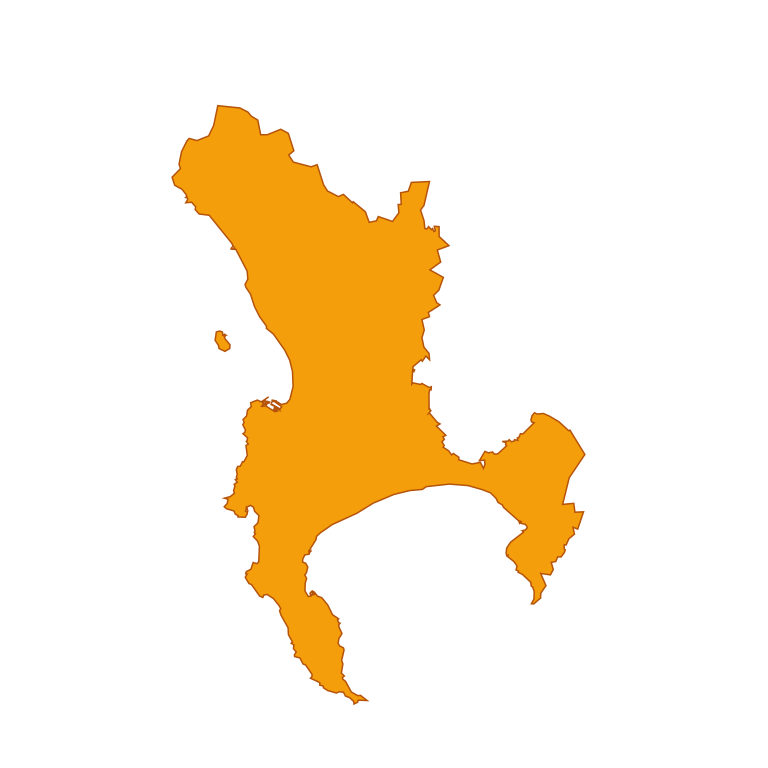 the district of City of Cape Town, Western Cape, South Africa, rotated 348°
{"feature_id": "47623444B95865124382580", "entity_name": "City of Cape Town", "entity_type": "district", "adm_level": 2, "iso_a3": "ZAF", "parent_name": "South Africa", "parent_adm1": "Western Cape", "projection": "equal_earth", "projection_center": [18.52, -33.915], "detail": "fine", "context": "isolated", "style": "filled", "palette": "amber", "viewbox_px": 768, "rotation_deg": 348, "n_neighbors": 0, "source": "geoboundaries", "source_scale": "gbopen_adm2", "svg_char_len": 6166}
<svg xmlns="http://www.w3.org/2000/svg" viewBox="0 0 768 768"><g transform="rotate(348 384 384)"><path d="M452.7,192.5L447.8,200.5L440.0,200.4L438.2,211.9L435.2,211.4L434.1,219.7L426.1,226.8L413.2,219.0L410.6,222.8L403.1,222.8L401.6,211.7L391.8,199.3L390.9,200.3L383.7,190.1L378.3,191.2L368.9,183.5L366.3,176.5L364.2,155.6L357.9,156.4L341.4,148.1L338.4,140.2L344.3,137.1L342.5,118.9L336.0,113.4L321.7,115.9L315.2,114.6L315.4,99.6L309.9,94.5L307.5,89.8L300.4,84.0L279.3,77.2L271.2,95.6L264.0,104.9L251.7,107.0L244.5,103.3L241.8,105.2L234.3,114.6L229.2,126.4L229.7,131.0L219.7,137.7L220.6,146.1L226.9,151.6L229.8,157.5L230.1,159.6L228.8,160.3L230.3,161.1L230.4,162.7L227.8,165.5L233.6,166.2L236.6,171.5L235.6,174.1L238.5,179.3L248.1,182.6L264.3,214.5L265.1,217.8L262.6,219.5L265.2,217.7L266.4,220.8L261.7,220.0L267.1,221.6L273.6,245.2L272.6,253.1L268.8,257.7L269.0,260.7L272.1,268.4L273.4,281.2L276.3,292.2L281.1,303.1L280.5,305.1L286.2,312.1L293.9,330.1L296.7,340.9L297.1,352.8L294.5,367.7L288.7,379.5L284.9,382.5L279.5,382.8L274.3,377.8L270.8,376.3L271.5,377.2L270.8,378.1L274.5,378.1L273.8,379.1L279.2,384.9L277.3,386.7L276.5,385.9L277.3,386.9L276.3,386.4L276.6,387.8L275.1,386.3L276.1,386.2L275.6,385.4L269.8,380.3L270.0,378.9L269.7,380.4L268.8,380.2L274.6,385.0L273.8,386.2L271.4,383.9L274.4,388.3L272.5,388.4L272.8,387.1L270.6,385.3L272.4,387.3L271.4,388.3L263.8,380.9L266.4,378.2L268.0,379.2L267.3,378.3L268.3,377.9L266.5,376.8L264.9,376.4L265.5,377.4L263.0,379.9L263.5,378.2L261.6,379.0L261.9,380.3L261.0,379.6L260.4,380.2L261.3,381.0L259.6,380.3L261.9,378.5L261.5,377.1L262.3,377.9L262.4,376.3L263.2,377.2L262.6,376.2L263.5,375.2L264.4,376.2L264.1,374.6L268.5,372.6L260.2,376.0L256.8,373.4L249.7,374.6L249.4,378.6L245.1,381.2L242.9,386.7L238.7,389.5L239.2,392.6L237.4,394.4L238.9,400.2L237.7,402.5L235.7,403.3L239.4,408.3L237.9,411.5L237.2,410.9L238.7,414.6L236.2,415.4L235.4,425.5L230.6,431.1L229.4,430.6L226.4,434.5L223.7,434.3L221.7,437.2L221.7,441.7L220.2,444.4L220.8,446.3L218.7,446.5L220.0,449.5L216.5,451.0L217.0,452.8L214.7,457.1L215.0,459.7L210.1,462.2L204.1,462.5L207.5,464.3L205.7,468.4L202.2,470.8L204.0,473.3L210.9,477.0L211.5,480.4L213.8,482.4L213.5,483.7L220.6,485.5L222.9,483.1L224.7,478.9L223.5,480.9L222.1,479.7L223.9,476.4L224.2,478.6L224.4,477.6L223.7,476.0L228.3,475.0L230.7,477.4L231.0,481.6L234.3,486.8L231.8,493.6L227.2,496.5L227.3,500.9L226.2,502.4L227.2,503.6L224.4,506.1L227.6,511.2L228.4,516.8L224.5,531.9L222.3,533.3L218.9,531.4L215.3,537.5L210.3,538.9L209.2,540.9L210.7,541.5L208.1,544.2L210.4,551.1L212.7,552.6L218.3,565.6L221.1,567.6L222.6,565.4L225.9,565.6L231.2,570.8L235.2,578.8L236.3,582.3L234.7,584.0L235.2,588.8L239.5,602.5L238.4,609.3L240.8,617.3L239.3,618.3L241.6,620.5L240.4,624.1L242.4,627.8L240.0,630.4L239.9,632.0L244.8,634.5L246.6,641.0L249.0,642.7L253.2,653.0L252.7,655.3L250.9,656.5L258.3,662.1L259.2,663.1L258.5,665.2L261.7,666.7L261.6,668.6L265.3,672.2L273.3,676.4L276.1,675.7L280.3,677.1L281.4,681.2L285.2,683.7L288.4,688.3L288.1,690.8L292.0,689.8L293.0,687.9L301.7,690.1L296.2,683.6L293.7,683.5L288.0,678.5L284.6,667.0L282.2,663.9L282.4,662.4L284.5,661.4L282.2,657.9L285.6,649.2L285.1,645.6L289.6,635.9L289.5,633.7L286.1,630.9L285.2,628.0L287.1,623.4L291.0,619.4L289.5,612.8L289.5,610.4L291.3,608.8L290.0,608.1L289.5,605.0L290.8,604.3L285.7,599.0L283.0,588.4L278.7,580.1L274.8,577.6L272.6,573.1L270.3,571.1L272.9,575.1L271.4,575.5L270.5,573.7L270.3,575.3L268.9,575.3L268.3,573.5L269.7,572.4L269.6,572.2L268.1,573.4L268.6,576.2L265.7,576.1L263.7,570.1L265.5,562.4L267.9,558.1L266.8,554.4L268.9,552.5L271.4,547.1L270.1,543.0L267.4,541.3L268.0,538.7L271.0,534.7L275.3,534.9L277.3,532.1L275.7,532.7L275.9,531.6L277.0,532.0L276.4,531.1L285.2,522.0L286.2,519.1L291.1,516.2L304.2,510.7L330.6,504.8L348.7,498.3L370.7,494.1L387.1,493.6L399.6,495.1L404.0,493.2L427.1,495.5L445.0,500.8L457.7,507.5L465.6,512.6L469.8,519.1L470.9,523.5L474.6,526.9L475.2,529.4L487.4,546.0L487.7,548.4L488.6,547.7L487.7,546.9L487.9,546.1L489.7,547.2L488.2,548.4L493.1,550.7L494.2,553.0L494.2,554.4L492.0,556.1L489.2,556.3L490.1,556.8L489.6,557.5L488.9,556.0L489.3,558.1L474.8,565.1L469.9,570.0L468.3,574.7L468.4,577.6L469.7,577.3L469.1,578.5L474.3,584.9L476.3,589.7L474.5,593.4L476.7,594.9L476.0,596.0L479.8,599.0L486.3,608.4L486.0,612.3L487.2,613.5L487.8,618.1L486.0,625.5L482.5,629.6L484.8,630.2L492.7,625.9L493.9,621.2L500.5,614.9L497.9,601.9L507.1,605.3L511.0,600.6L510.5,593.2L515.1,593.4L518.0,589.1L521.3,590.0L525.5,586.2L526.8,584.0L525.9,582.7L526.9,578.7L528.7,579.3L532.6,573.9L539.1,570.4L539.1,563.4L543.3,566.2L552.6,550.5L544.1,549.1L544.8,540.2L533.7,538.9L545.7,514.2L565.8,494.7L556.3,467.8L555.0,468.2L547.2,457.2L539.1,449.8L533.8,446.0L527.4,445.2L525.3,443.4L522.3,445.7L520.3,449.5L520.4,451.7L522.8,453.1L509.5,461.7L507.1,461.0L504.8,464.4L503.2,464.4L503.2,467.0L500.1,465.6L499.7,466.9L496.5,466.9L494.9,464.5L493.4,465.6L487.7,464.8L491.1,466.7L490.3,468.6L491.1,469.9L480.7,476.0L477.5,475.6L476.1,473.1L471.7,473.0L468.7,470.9L461.4,478.8L466.6,479.4L466.0,483.7L463.7,487.2L462.0,480.7L453.5,480.5L441.3,473.6L442.0,471.3L437.5,466.4L435.3,467.4L433.4,462.9L428.7,458.1L430.1,456.7L428.7,452.7L431.5,450.6L430.7,447.8L433.8,447.1L426.5,436.0L430.5,434.7L428.0,432.4L422.5,422.0L421.5,422.2L424.3,419.8L423.0,418.0L424.2,417.6L422.9,417.7L426.1,402.3L427.6,399.1L428.9,399.5L429.7,396.5L427.5,396.9L421.1,391.3L419.8,392.1L412.5,388.9L411.2,389.9L414.8,376.7L415.8,378.1L416.9,376.6L415.5,375.6L415.8,373.2L425.4,368.0L426.2,369.7L430.8,365.4L433.6,369.8L434.4,363.5L430.7,356.2L430.7,346.7L434.6,339.6L434.5,328.8L442.5,327.6L442.2,323.2L455.2,318.3L452.5,315.5L450.9,307.6L457.1,303.7L464.2,292.1L452.6,281.9L464.8,276.5L464.0,264.0L476.3,262.2L468.6,251.2L470.6,241.5L466.0,240.2L466.1,244.8L464.4,245.2L463.9,242.0L462.3,242.8L460.4,239.3L458.3,241.2L456.3,240.5L457.1,232.5L455.9,221.5L460.3,217.5L470.6,195.4L452.7,192.5ZM234.3,298.0L230.8,298.3L227.9,306.2L230.1,311.8L230.0,315.0L235.2,319.0L240.5,317.2L241.5,313.6L237.7,306.2L237.9,304.4L239.2,304.0L237.6,304.1L237.4,302.6L239.4,303.2L238.6,302.2L236.4,302.7L236.8,299.6L234.3,298.0Z" fill="#f59e0b" stroke="#b45309" stroke-width="1.5"/></g></svg>